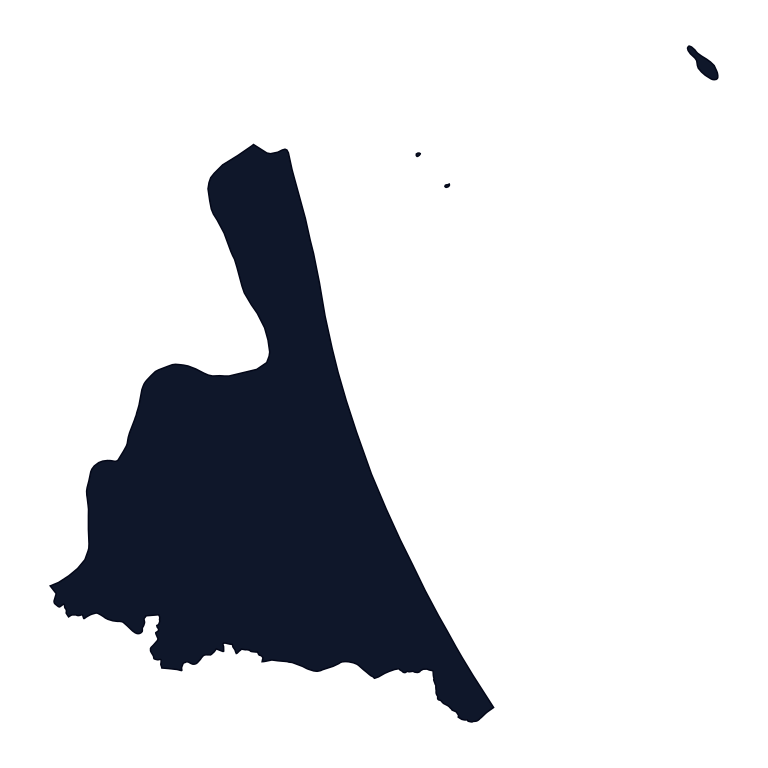 outline of Nghi Xuan, Ha Tinh, Vietnam
{"feature_id": "81297802B92253150972948", "entity_name": "Nghi Xuan", "entity_type": "district", "adm_level": 2, "iso_a3": "VNM", "parent_name": "Vietnam", "parent_adm1": "Ha Tinh", "projection": "albers", "projection_center": [105.774, 18.664], "detail": "fine", "context": "isolated", "style": "filled", "palette": "ink", "viewbox_px": 768, "rotation_deg": 0, "n_neighbors": 0, "source": "geoboundaries", "source_scale": "gbopen_adm2", "svg_char_len": 6024}
<svg xmlns="http://www.w3.org/2000/svg" viewBox="0 0 768 768"><path d="M374.5,678.3L378.5,676.9L384.8,673.3L389.2,671.4L394.6,669.5L396.8,669.1L398.2,668.8L399.1,668.9L399.8,669.8L401.6,670.9L402.3,671.4L403.1,672.2L403.6,672.4L404.3,672.6L405.1,672.6L405.8,672.3L406.7,671.6L407.2,671.4L407.5,671.4L408.4,671.7L409.4,671.8L413.0,671.3L413.3,671.4L414.3,672.0L415.0,672.2L417.3,672.5L418.0,672.4L419.2,672.0L419.7,671.7L420.3,670.9L421.0,670.4L422.9,669.4L423.7,669.2L427.0,669.1L429.2,670.0L432.6,670.7L432.8,670.9L433.1,671.3L433.3,675.3L433.6,677.1L434.0,678.5L433.7,679.7L433.9,680.6L435.0,683.6L435.3,684.5L435.9,685.5L435.8,687.1L436.0,689.7L436.2,690.7L436.1,691.4L436.1,693.0L436.6,694.6L437.5,696.0L437.7,696.7L437.6,698.0L437.7,698.9L438.5,699.8L440.3,700.3L441.1,700.8L442.5,702.5L443.6,703.5L447.7,705.6L449.3,706.8L449.9,707.6L451.6,709.2L452.0,710.0L453.3,710.6L454.1,710.9L455.7,711.6L456.4,712.1L458.0,714.5L458.4,715.1L458.5,715.8L458.2,717.1L460.5,718.6L461.9,719.4L464.2,719.9L465.2,720.0L466.6,719.9L467.3,720.0L467.9,721.0L468.4,721.3L471.1,721.9L472.0,721.9L472.6,721.8L473.0,721.5L473.4,721.4L473.9,721.4L476.0,721.2L477.2,720.8L478.2,720.2L479.4,719.2L480.3,718.2L481.1,717.7L485.6,713.4L487.4,711.9L493.6,707.5L473.0,675.4L462.2,657.6L455.9,646.7L447.0,630.6L438.5,615.6L425.3,590.8L412.6,564.7L400.2,539.7L386.2,509.0L371.5,474.2L356.5,432.0L346.3,400.7L338.1,372.4L332.1,348.2L325.1,316.2L319.5,283.1L313.6,253.6L310.2,240.1L305.4,218.5L298.9,194.7L293.5,175.0L292.0,169.4L288.4,152.8L286.9,150.0L285.0,149.2L282.2,150.0L277.8,152.2L270.5,153.7L266.9,153.0L253.5,144.5L251.9,145.8L237.8,155.5L222.7,164.8L214.2,173.3L210.7,177.7L209.0,182.6L208.0,188.8L209.7,200.6L211.3,209.0L213.4,214.1L217.2,220.1L224.1,233.1L230.8,251.3L232.6,255.5L234.5,259.2L236.9,267.1L242.0,286.1L244.3,292.9L251.3,304.7L257.3,313.4L264.6,327.8L268.0,340.0L269.7,352.0L269.1,356.2L266.7,362.6L256.7,369.4L229.1,376.0L224.3,376.0L219.8,375.7L212.7,376.0L208.4,375.1L204.0,373.2L195.7,368.9L188.1,366.0L183.6,365.1L179.2,364.6L175.5,364.3L172.3,364.7L167.3,366.5L158.7,369.8L155.4,371.5L151.1,375.6L147.2,379.7L145.6,381.6L144.2,383.7L143.1,386.2L141.9,389.6L139.0,405.2L137.8,409.4L136.8,412.6L136.2,415.2L135.2,417.8L134.6,419.7L129.6,432.7L128.3,437.2L127.8,439.9L127.4,442.6L127.1,444.0L126.3,446.1L123.6,451.0L118.0,460.2L116.3,461.2L114.7,461.3L110.7,460.6L107.4,460.5L102.7,461.1L98.7,462.6L94.3,465.9L91.9,469.1L90.8,471.7L88.9,480.8L87.1,487.7L86.6,491.1L86.8,495.1L87.3,498.5L88.1,505.2L88.5,509.3L88.4,516.0L88.4,529.4L89.0,543.8L88.8,548.2L88.0,551.1L84.9,559.7L77.6,568.5L68.8,575.8L58.5,582.5L50.2,585.9L56.2,593.6L54.0,601.1L54.2,602.6L54.5,603.3L55.1,604.0L58.2,606.5L59.1,606.9L59.7,606.9L60.6,606.3L63.1,604.4L63.4,604.2L64.0,604.3L64.4,605.0L64.6,606.1L64.6,606.8L64.8,607.5L65.1,608.2L65.7,608.9L66.2,609.7L66.3,610.2L66.4,611.6L66.2,612.4L66.2,613.2L68.6,616.9L70.7,615.5L71.3,615.2L72.4,614.9L75.9,614.9L77.3,615.5L78.5,615.6L79.7,615.4L81.0,615.0L82.0,614.8L82.4,614.9L82.6,615.0L83.6,618.2L83.8,618.5L84.0,618.6L84.8,618.2L85.4,617.7L86.2,617.1L88.1,616.0L90.1,614.9L91.8,614.2L95.7,613.1L96.2,613.0L97.7,613.3L100.4,614.7L103.3,616.5L105.3,618.0L107.9,619.3L112.8,620.8L117.5,621.4L119.8,621.4L121.8,621.7L123.1,622.2L127.2,625.8L132.5,630.9L135.0,632.7L136.5,633.4L138.0,633.7L139.5,633.5L140.8,632.9L141.5,632.3L142.2,631.5L142.4,630.3L142.3,628.7L142.5,627.6L143.2,626.5L143.8,625.3L144.5,623.0L144.6,622.1L144.1,619.7L144.0,619.0L144.2,618.4L145.8,616.4L146.1,615.8L158.7,614.8L159.5,616.5L159.7,617.3L159.7,618.3L159.5,619.6L159.8,621.1L159.1,623.4L158.8,624.0L158.0,624.9L157.5,625.3L156.8,625.5L156.9,625.9L157.1,627.0L158.1,628.3L158.7,629.9L158.4,630.7L156.9,631.9L155.8,632.6L155.7,632.9L156.0,634.1L157.9,638.5L158.0,639.0L157.4,640.5L153.4,645.1L151.1,647.4L150.5,648.5L150.5,650.5L150.6,651.1L151.1,652.2L153.3,655.8L153.6,656.8L153.8,658.2L154.1,658.8L155.1,659.2L156.6,659.6L157.7,659.8L158.7,659.7L159.8,659.4L160.3,659.4L160.9,659.7L161.1,660.2L161.1,662.0L160.8,664.2L160.9,664.9L161.6,666.8L161.8,668.0L168.9,668.6L177.1,669.5L181.4,670.6L181.8,670.4L181.8,669.6L181.6,668.5L181.7,667.2L183.2,663.3L184.1,662.8L185.6,662.3L186.1,661.9L187.0,661.8L188.5,662.1L190.6,663.3L192.2,664.0L193.0,664.2L194.0,664.2L195.1,664.0L196.0,663.7L197.3,662.8L198.4,661.6L200.4,659.4L201.5,657.7L203.3,655.7L204.6,655.0L206.2,654.8L210.5,654.9L211.5,654.3L214.3,651.7L216.3,648.9L222.4,651.3L223.1,651.5L223.7,651.2L223.7,650.3L223.6,646.5L222.9,644.3L223.2,643.6L223.8,643.1L224.6,643.1L225.6,643.1L227.0,643.5L229.7,644.1L232.3,644.4L232.6,645.3L232.9,646.9L234.9,649.8L235.7,652.2L236.3,653.5L236.6,653.4L237.2,653.1L239.4,650.9L240.6,650.1L241.3,649.1L245.3,649.8L246.9,649.7L247.9,649.9L249.4,650.2L250.0,650.6L250.4,651.1L251.0,651.4L251.8,651.6L255.4,652.0L256.9,652.1L257.3,652.0L257.6,652.2L258.5,654.2L259.2,655.1L260.9,655.6L261.4,655.9L261.8,656.2L262.8,657.5L262.9,658.3L262.6,659.2L262.1,661.7L263.8,661.6L266.0,661.2L271.8,660.0L278.0,660.8L287.2,661.6L288.8,662.1L292.2,662.5L302.6,666.4L306.6,668.5L308.3,669.2L313.6,670.9L316.1,671.2L317.1,671.3L318.9,671.0L320.7,670.6L322.6,669.7L333.1,666.3L338.8,663.6L340.4,662.5L342.0,661.9L343.9,661.7L345.8,661.6L348.7,661.8L353.4,662.8L356.9,664.2L358.5,665.3L363.6,669.8L366.6,672.2L369.4,674.6L371.0,675.8L372.9,676.7L374.0,677.8L374.3,678.2L374.5,678.3ZM716.2,79.4L717.4,78.5L717.8,77.3L717.8,75.4L717.4,73.0L716.8,71.3L714.2,65.6L710.5,62.0L706.5,59.1L701.6,56.1L697.6,53.2L696.2,51.7L694.9,49.9L691.6,47.0L689.5,46.1L688.7,46.2L687.9,47.2L687.5,48.1L688.1,50.5L690.4,53.8L694.8,57.9L696.1,59.7L696.7,60.8L697.4,65.5L698.3,68.2L701.5,72.0L705.4,75.4L711.2,79.0L712.9,79.6L714.5,79.7L716.2,79.4ZM419.3,155.3L420.3,153.9L420.3,153.6L419.1,153.0L417.8,153.1L416.3,154.0L416.3,155.6L417.0,156.4L417.7,156.4L419.3,155.3ZM449.2,184.0L447.4,184.8L446.4,184.8L445.4,185.2L445.1,185.7L444.9,186.5L445.5,187.1L445.9,187.3L446.8,187.3L448.5,186.6L449.2,185.7L449.5,185.0L449.2,184.0Z" fill="#0f172a" stroke="#020617" stroke-width="1.5"/></svg>